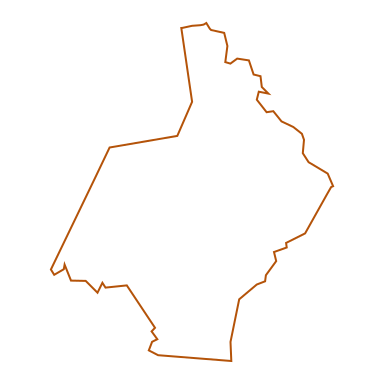 the district of Hardin, Kentucky, United States of America
{"feature_id": "52423323B56050966337073", "entity_name": "Hardin", "entity_type": "district", "adm_level": 2, "iso_a3": "USA", "parent_name": "United States of America", "parent_adm1": "Kentucky", "projection": "albers", "projection_center": [-85.938, 37.724], "detail": "fine", "context": "isolated", "style": "outline", "palette": "amber", "viewbox_px": 384, "rotation_deg": 0, "n_neighbors": 0, "source": "geoboundaries", "source_scale": "gbopen_adm2", "svg_char_len": 924}
<svg xmlns="http://www.w3.org/2000/svg" viewBox="0 0 384 384"><path d="M109.6,147.5L94.7,178.7L50.9,269.5L54.2,274.8L63.8,269.2L64.6,264.6L71.0,280.6L85.7,280.9L97.5,292.7L102.4,282.8L105.5,287.6L126.8,285.4L155.0,327.8L151.6,331.4L157.3,339.2L152.1,341.8L148.8,350.4L158.1,355.2L179.6,356.9L231.3,361.0L230.5,341.9L239.2,299.3L256.8,284.5L265.1,281.3L265.9,275.2L276.2,261.1L274.0,252.0L286.7,247.5L286.1,242.9L305.1,233.4L326.7,194.8L331.1,187.1L333.1,186.2L327.7,173.6L308.6,162.2L302.8,153.2L304.0,139.8L301.9,133.8L293.3,127.0L281.5,121.4L273.3,111.2L266.6,112.2L256.8,99.7L258.8,91.7L268.4,93.6L261.8,87.0L260.5,76.2L253.6,74.5L248.9,60.4L237.2,58.6L230.4,63.6L225.3,62.1L227.4,46.0L224.2,32.9L211.1,30.0L209.8,28.7L206.3,23.0L205.2,23.7L203.6,24.6L200.4,25.2L192.1,25.8L182.4,27.9L181.3,28.0L182.4,35.4L189.1,81.3L192.1,101.8L187.6,112.2L177.3,135.9L109.6,147.5Z" fill="none" stroke="#b45309" stroke-width="2"/></svg>